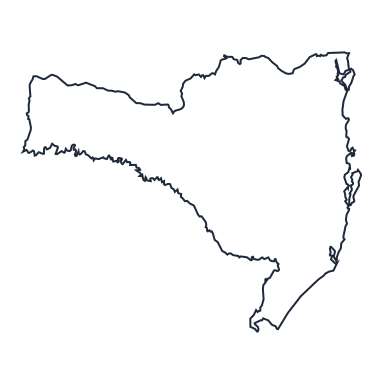 Santa Catarina, Equal Earth projection
{"feature_id": "BRA-614", "entity_name": "Santa Catarina", "entity_type": "State", "adm_level": 1, "iso_a3": "BRA", "parent_name": "Brazil", "parent_adm1": "", "projection": "equal_earth", "projection_center": [-50.571, -27.663], "detail": "fine", "context": "isolated", "style": "outline", "palette": "slate", "viewbox_px": 384, "rotation_deg": 0, "n_neighbors": 0, "source": "natural_earth", "source_scale": "10m", "svg_char_len": 5900}
<svg xmlns="http://www.w3.org/2000/svg" viewBox="0 0 384 384"><path d="M29.5,100.6L28.9,98.4L30.4,96.3L29.6,86.0L30.1,83.6L32.7,79.1L33.4,76.4L36.5,76.2L42.5,78.9L44.9,79.0L50.9,75.1L52.4,74.8L57.1,76.6L67.6,85.5L71.9,85.2L75.4,84.0L78.2,85.3L86.0,82.7L95.0,86.2L96.8,88.2L102.9,88.2L108.3,90.7L111.6,90.7L115.4,91.7L117.9,91.2L124.9,92.5L128.7,95.1L129.9,97.5L136.3,103.1L140.4,103.2L144.5,104.6L154.9,104.8L158.3,103.2L160.8,104.9L167.8,104.5L168.5,105.1L169.0,107.4L170.9,109.2L173.0,113.3L174.7,110.9L181.1,109.0L183.1,107.1L184.0,105.2L183.8,102.1L181.4,96.3L182.1,93.6L180.7,90.9L182.6,87.2L183.2,83.7L185.5,80.7L190.7,78.4L194.2,74.3L195.5,75.2L198.8,74.5L201.0,76.9L202.3,75.2L203.3,75.3L204.5,78.1L205.9,75.9L208.8,75.9L211.8,73.4L213.4,73.3L215.0,74.4L216.1,71.2L218.9,66.9L220.7,60.6L221.4,59.8L226.2,58.4L224.0,56.2L224.3,55.3L227.2,56.8L232.3,56.9L233.7,59.1L237.2,60.0L238.3,63.2L239.9,64.1L240.6,63.4L240.6,60.2L242.6,58.1L245.7,58.0L248.9,59.3L259.3,57.2L261.3,55.8L264.3,56.0L265.3,57.0L268.2,57.9L272.3,62.3L277.1,66.0L278.0,68.1L281.6,70.9L286.0,73.4L288.7,73.9L292.6,73.3L293.7,70.0L294.7,68.9L299.7,67.0L304.6,63.7L309.7,57.1L315.9,54.1L316.5,54.4L316.9,56.1L318.8,55.6L320.1,56.2L321.0,54.8L322.8,55.8L326.4,55.3L328.1,53.0L344.8,52.4L346.4,53.3L349.0,53.2L347.1,58.1L347.9,60.7L348.9,69.1L348.3,70.0L345.6,70.9L343.6,74.4L339.5,73.4L336.2,60.0L335.7,60.5L335.6,62.1L336.4,64.2L336.1,66.8L337.5,68.4L338.1,71.7L337.6,73.7L338.1,75.5L336.7,76.6L338.0,79.0L336.5,78.9L335.5,80.1L339.2,81.3L340.2,83.4L344.6,86.1L345.5,89.5L347.2,91.0L343.6,101.0L342.4,109.8L342.7,115.5L345.9,118.8L348.0,118.2L348.9,119.2L348.5,120.8L346.2,124.3L345.7,126.6L345.8,129.2L346.6,130.9L346.2,136.3L346.7,137.2L347.9,137.4L349.0,139.1L346.9,146.4L348.6,150.9L350.4,150.8L351.4,148.5L352.6,147.7L353.7,150.1L355.0,150.5L353.7,152.2L354.3,154.2L353.9,155.6L352.0,156.1L351.6,155.1L352.5,154.8L352.7,154.1L352.4,153.4L350.9,152.8L346.9,156.2L346.1,158.2L346.7,163.0L349.0,163.6L349.7,164.6L350.2,169.8L349.4,168.1L348.3,172.2L344.9,174.7L344.3,177.4L346.5,183.9L347.8,184.4L348.4,185.4L348.0,188.4L347.5,187.4L344.2,191.3L345.1,193.9L345.4,197.2L346.7,199.8L345.2,201.2L348.7,206.0L347.5,207.4L347.7,208.3L349.1,208.8L348.9,210.3L346.6,214.8L345.9,219.6L347.0,223.8L345.6,226.0L343.5,236.0L343.4,237.9L344.6,239.3L341.3,243.2L340.8,248.5L338.7,252.0L336.6,257.9L337.0,259.6L336.2,260.8L334.2,257.6L333.9,255.9L335.0,251.7L334.7,250.8L331.3,247.0L330.5,246.8L329.9,248.8L330.7,252.5L329.8,254.8L330.1,255.5L332.0,255.6L332.0,256.3L331.0,259.4L335.0,263.2L335.7,263.5L337.4,262.4L333.4,270.6L329.1,271.6L325.6,273.4L323.4,275.9L318.5,279.4L300.8,296.2L287.9,312.9L278.0,329.1L276.8,328.8L275.8,326.4L271.8,324.7L268.3,320.4L263.2,318.4L262.0,320.3L260.6,320.3L254.6,323.2L255.0,324.3L257.7,326.8L258.3,328.3L258.4,330.0L258.0,331.1L257.2,331.6L254.9,328.9L250.4,326.8L250.3,318.6L253.9,314.8L256.1,310.1L257.6,312.0L258.7,311.0L260.3,310.6L260.3,307.7L262.0,305.1L263.6,299.3L262.9,288.8L263.4,285.0L265.3,282.8L265.4,279.3L266.1,279.0L266.6,280.6L268.0,278.7L270.0,277.7L274.0,270.5L275.1,270.2L277.5,271.1L278.7,270.4L279.0,269.3L277.7,265.3L278.5,264.1L276.7,262.4L275.5,259.0L274.9,259.2L274.0,261.3L271.8,261.1L270.0,260.2L268.3,257.4L264.4,259.1L262.2,257.4L259.0,259.6L257.6,259.8L253.7,259.0L253.0,256.8L252.3,256.8L251.7,257.8L251.6,260.1L250.6,260.2L247.2,257.4L240.9,256.4L239.2,257.4L238.4,256.0L233.0,255.1L230.7,253.4L228.9,253.5L227.3,254.6L224.8,252.3L222.3,251.1L217.7,242.1L214.7,239.9L212.8,233.2L211.7,231.4L211.0,231.8L209.4,230.3L207.9,231.4L207.1,230.8L206.9,227.9L205.6,227.1L206.3,225.1L205.9,222.4L202.3,217.2L201.2,216.2L199.9,216.7L198.2,215.0L193.9,205.6L189.7,203.4L187.2,200.9L184.9,201.2L182.7,198.4L180.9,196.9L181.2,194.1L178.2,193.1L177.5,189.6L174.9,191.9L173.8,189.3L171.5,187.9L170.1,184.2L168.3,183.9L164.8,185.0L163.9,183.9L164.1,181.1L162.0,182.2L161.0,178.3L159.1,180.0L158.3,179.4L157.8,177.4L157.1,177.1L154.5,180.0L153.0,178.2L150.7,178.3L150.2,179.1L150.7,181.1L146.1,180.2L146.5,178.4L145.6,177.1L144.7,180.8L143.7,180.2L143.1,178.9L142.3,174.9L141.1,176.1L139.7,176.0L141.3,174.6L140.0,172.9L136.3,170.3L140.1,169.8L139.2,168.2L136.5,167.5L135.8,164.9L130.1,165.0L130.3,162.7L129.7,162.0L127.1,162.2L125.9,159.9L122.7,164.1L121.7,163.6L120.4,160.8L120.3,160.2L121.7,159.9L122.0,159.1L121.4,158.3L118.6,158.0L117.9,158.8L118.4,161.9L117.5,162.3L116.3,160.8L113.3,161.6L112.3,157.8L111.4,157.6L111.3,160.2L109.3,155.6L108.7,155.6L106.9,159.0L104.2,158.4L103.4,157.3L98.5,159.1L95.3,158.4L93.7,160.4L93.2,158.0L92.6,157.4L91.3,158.4L88.4,155.4L85.8,154.3L84.7,151.3L83.2,151.1L80.8,154.0L79.6,154.5L78.8,153.6L78.5,151.3L76.6,155.8L75.5,156.1L74.8,154.8L76.0,151.6L75.9,150.3L75.2,149.4L73.8,149.8L73.6,148.0L74.9,145.7L74.9,145.0L73.9,144.6L72.7,144.9L71.7,146.0L70.8,150.2L69.6,151.1L67.4,150.7L65.8,148.8L64.9,152.2L64.2,152.8L61.6,151.1L57.2,154.1L55.6,153.9L57.9,147.6L57.5,146.5L54.6,145.8L52.2,143.7L50.2,147.7L47.5,149.2L46.9,149.4L45.7,147.3L45.0,147.2L44.1,148.3L44.0,153.6L43.0,153.9L38.7,152.2L36.0,155.2L34.7,155.6L34.1,151.5L33.1,150.5L29.5,152.8L28.1,152.6L27.4,150.8L26.4,150.0L23.0,151.7L24.4,149.3L23.7,147.2L25.2,145.6L25.4,141.0L27.4,139.7L30.8,129.8L30.9,127.3L29.3,119.3L28.2,119.0L28.5,116.1L27.1,115.1L26.8,114.1L26.9,113.2L28.5,112.4L28.9,110.9L28.7,104.6L29.5,100.6ZM357.5,171.2L358.0,169.9L360.8,173.8L361.0,175.6L358.6,181.9L359.0,185.6L353.5,195.8L353.4,197.6L354.3,200.5L354.1,201.7L351.9,202.9L350.6,205.2L349.2,205.3L349.3,198.9L350.5,194.1L349.6,193.5L351.8,190.1L351.7,188.3L350.4,185.5L352.3,184.9L353.1,183.8L352.9,182.4L351.9,181.6L352.3,179.7L351.0,177.1L352.6,174.5L352.3,173.2L357.5,171.2ZM351.2,83.2L349.3,86.0L348.7,89.8L347.0,89.1L345.1,84.6L341.3,80.7L343.1,77.5L344.9,77.1L345.9,74.7L350.4,71.8L350.0,69.8L351.1,68.7L353.0,70.1L354.7,74.4L353.5,76.1L351.2,83.2Z" fill="none" stroke="#1e293b" stroke-width="2"/></svg>